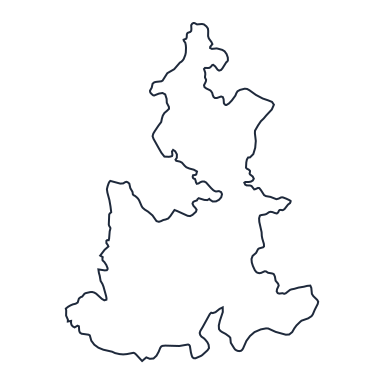 an SVG outline of Puebla
{"feature_id": "MEX-2724", "entity_name": "Puebla", "entity_type": "State", "adm_level": 1, "iso_a3": "MEX", "parent_name": "Mexico", "parent_adm1": "", "projection": "mercator", "projection_center": [-97.844, 19.359], "detail": "fine", "context": "isolated", "style": "outline", "palette": "slate", "viewbox_px": 384, "rotation_deg": 0, "n_neighbors": 0, "source": "natural_earth", "source_scale": "10m", "svg_char_len": 5986}
<svg xmlns="http://www.w3.org/2000/svg" viewBox="0 0 384 384"><path d="M109.7,231.3L110.4,228.6L110.3,227.7L109.2,225.9L108.8,224.7L109.2,214.5L109.7,213.6L111.2,212.2L110.5,206.5L109.4,200.1L107.4,192.6L106.9,189.2L107.6,186.3L108.6,183.4L109.3,182.0L110.3,180.9L120.3,183.6L123.2,183.4L125.1,182.2L126.4,181.8L127.6,182.2L129.3,183.6L130.3,188.1L132.5,191.9L132.9,194.5L133.8,195.3L135.0,195.9L136.6,197.2L138.0,198.6L139.1,200.3L141.7,206.3L142.6,207.7L144.8,209.6L148.0,211.6L152.5,215.4L156.5,221.1L158.9,221.8L161.1,221.1L163.3,220.0L165.6,219.5L168.2,218.5L170.4,216.0L174.5,210.0L177.3,211.1L187.6,215.8L190.1,216.1L192.5,214.9L196.0,211.7L196.6,209.7L195.3,207.8L193.5,205.9L192.5,203.7L192.6,203.3L193.2,202.0L194.3,201.3L196.9,200.4L197.6,199.1L198.7,198.2L204.3,199.9L207.4,200.1L209.3,198.9L209.9,199.7L212.7,201.5L216.0,201.4L219.0,199.8L221.2,197.3L222.0,194.2L221.1,192.1L218.9,191.1L216.0,191.5L214.6,191.0L213.3,190.2L211.0,188.0L206.1,182.5L204.2,181.5L202.2,181.5L200.4,182.2L198.6,183.4L196.8,183.8L196.0,182.4L195.5,180.3L194.9,178.9L193.9,178.7L193.2,178.2L192.8,177.4L192.7,176.4L193.1,175.2L195.1,175.0L196.2,174.5L197.0,171.5L193.8,169.7L189.3,168.5L186.4,167.3L184.7,165.8L181.9,162.6L179.9,161.6L176.2,160.8L175.5,159.7L176.8,157.8L176.9,154.4L175.2,151.3L173.1,149.9L172.0,151.5L172.4,155.0L172.0,156.1L170.3,156.6L168.8,156.8L164.4,156.6L161.4,152.8L158.7,148.1L153.5,138.8L152.6,136.2L153.3,133.6L154.8,131.1L158.5,125.6L161.2,122.0L161.9,118.6L162.8,115.6L164.4,113.0L167.0,110.8L169.0,108.8L168.9,106.9L166.8,102.8L166.6,98.8L165.2,94.4L162.5,93.0L158.9,93.6L154.1,95.5L153.2,95.3L152.5,94.8L150.7,93.1L150.1,91.9L150.0,90.7L151.7,87.7L152.6,83.7L154.3,82.3L156.0,81.9L161.3,81.3L162.6,80.6L167.3,73.2L174.2,69.2L179.9,62.6L181.4,61.7L182.7,60.4L183.7,59.0L185.3,55.0L185.8,52.6L186.0,47.8L185.8,45.2L185.3,42.8L183.8,40.7L183.6,39.7L186.2,38.7L186.7,37.4L186.9,34.1L187.6,32.9L190.3,31.9L191.2,30.9L191.4,29.1L191.2,25.2L192.2,23.7L193.4,23.0L194.6,23.1L197.0,24.4L202.0,24.0L203.9,24.4L206.4,26.4L207.9,28.5L208.2,30.9L208.1,36.1L208.8,38.4L211.4,42.0L212.4,44.1L210.2,46.8L210.1,48.0L211.9,48.9L216.6,48.4L218.0,48.7L222.3,49.9L224.6,51.3L226.6,54.1L227.8,57.5L227.9,60.3L227.3,61.5L226.3,62.2L222.4,68.4L221.0,70.0L219.1,70.6L217.6,69.7L215.2,66.4L213.2,64.8L212.2,65.1L211.2,66.4L209.6,67.8L208.1,68.0L205.0,67.9L204.0,69.0L205.2,72.6L205.3,74.5L205.0,76.6L205.0,77.5L206.1,79.8L205.9,81.2L205.4,82.5L204.0,85.2L204.5,87.1L206.2,88.4L210.1,90.3L211.0,91.1L212.2,92.9L212.8,95.2L213.6,97.0L214.9,98.0L216.9,98.0L221.1,96.5L222.8,97.1L223.6,99.2L223.9,103.2L224.7,104.4L225.7,105.0L226.4,105.0L228.9,103.5L231.8,100.5L235.4,95.6L236.3,93.3L237.5,91.3L240.0,89.9L244.8,88.7L247.2,89.0L249.5,90.3L255.9,94.9L262.7,98.5L268.0,100.3L272.0,101.9L273.9,104.7L271.8,109.5L266.2,115.5L263.7,118.5L260.9,121.2L258.1,125.3L255.0,130.7L254.9,133.2L255.8,141.0L255.2,147.8L253.3,154.1L250.0,157.4L248.1,157.5L246.9,159.5L246.3,162.3L246.0,167.7L247.0,168.8L248.6,169.5L249.9,170.7L250.0,171.6L249.6,173.6L250.0,174.4L252.7,176.5L253.8,178.7L252.8,180.5L250.9,181.6L248.7,182.0L245.3,182.0L244.3,182.7L245.2,184.6L246.6,185.4L250.0,185.5L251.5,186.0L254.2,189.4L255.5,189.1L258.0,187.9L259.3,188.1L260.9,190.1L264.1,195.1L265.9,196.1L270.5,196.9L276.4,199.2L278.7,198.6L280.9,197.5L282.1,197.3L283.2,197.5L286.3,198.7L289.3,200.1L290.6,200.9L290.6,201.7L290.0,203.1L288.0,204.6L284.5,209.1L283.1,210.0L282.4,210.2L280.8,209.9L279.7,210.0L279.0,210.6L278.1,212.5L276.8,213.5L274.8,213.0L272.5,212.1L270.5,211.8L269.0,212.2L266.4,214.0L264.9,214.5L261.1,215.1L259.9,215.6L259.1,218.3L259.3,221.9L261.6,232.2L261.8,236.0L262.3,238.6L263.9,244.0L264.0,246.4L263.1,247.3L259.1,248.4L258.0,249.2L256.1,252.9L252.6,255.9L251.5,259.0L251.8,262.5L252.9,266.0L254.9,270.3L256.4,272.1L257.4,272.7L259.3,273.2L261.1,272.9L264.6,271.3L266.0,271.4L268.1,272.8L271.8,273.4L272.9,273.7L273.8,274.2L274.9,276.6L275.6,280.7L278.1,283.7L278.7,285.6L277.0,289.3L276.7,291.4L277.7,293.1L279.2,293.6L282.5,293.2L284.2,293.8L285.7,293.3L290.0,289.9L291.4,289.4L294.4,288.8L298.5,287.6L304.0,286.7L307.1,285.9L310.3,285.6L311.3,287.9L311.9,293.9L313.3,296.1L317.2,299.9L318.2,301.7L317.7,304.0L314.7,309.9L312.8,314.4L311.5,316.2L308.1,318.4L301.5,320.7L300.1,321.9L296.5,325.4L294.3,328.4L292.2,332.1L289.2,334.5L285.8,334.7L275.7,331.9L268.2,328.5L266.0,328.4L260.8,329.4L254.5,332.1L250.0,336.0L246.4,340.9L243.1,348.4L242.2,349.8L241.0,350.8L239.4,351.1L237.8,350.9L236.3,350.3L235.0,349.4L234.0,348.0L230.8,342.8L230.3,337.8L229.3,336.6L225.6,333.9L222.0,332.0L220.3,330.8L219.0,329.1L218.8,325.5L219.9,320.7L222.8,312.0L222.7,307.4L219.6,308.9L215.5,312.2L212.7,313.1L211.2,312.7L209.8,314.1L202.7,327.0L200.3,331.0L199.7,333.0L200.2,334.9L201.4,336.6L203.9,338.3L205.3,339.7L207.4,342.3L208.6,344.8L209.0,348.1L207.5,350.3L202.1,355.2L200.8,356.0L195.4,358.3L193.7,358.2L192.5,357.3L191.8,355.8L190.9,352.4L189.9,346.1L189.2,345.0L188.1,344.5L179.3,346.0L165.3,345.6L162.3,345.9L161.1,346.6L160.2,348.0L158.7,351.7L156.5,355.7L153.5,358.5L149.8,358.8L146.3,357.4L142.1,361.0L136.0,354.4L134.6,353.2L133.5,352.8L126.8,354.1L123.2,354.4L119.6,354.1L115.1,353.1L112.1,351.7L103.3,349.7L98.4,347.7L94.3,344.7L91.3,340.7L89.8,335.4L88.6,334.7L81.5,333.7L79.9,332.6L79.2,330.8L78.9,326.3L77.5,325.7L74.6,327.4L72.8,326.4L71.7,325.2L71.2,323.9L71.0,322.4L71.1,320.9L67.8,321.5L67.9,319.7L66.1,315.6L66.2,310.4L65.8,308.6L68.2,306.7L70.5,305.4L72.8,304.4L75.7,303.7L77.7,302.5L78.9,298.6L80.6,297.2L82.2,296.6L84.5,293.7L85.8,293.1L90.2,292.1L92.2,292.0L94.3,292.6L96.2,293.7L101.9,298.9L104.3,300.3L106.4,299.7L106.5,298.3L106.1,296.1L103.5,286.7L102.5,284.1L100.6,280.9L99.7,275.7L98.9,272.9L98.4,269.4L104.8,270.4L106.8,270.2L107.5,269.4L107.6,268.2L106.3,265.0L104.4,262.1L102.6,260.4L102.4,259.0L102.7,257.1L100.2,255.6L104.6,249.8L108.4,246.5L107.7,244.9L106.4,243.1L106.4,240.8L107.2,240.1L108.7,240.2L109.1,238.6L109.7,231.3Z" fill="none" stroke="#1e293b" stroke-width="2"/></svg>